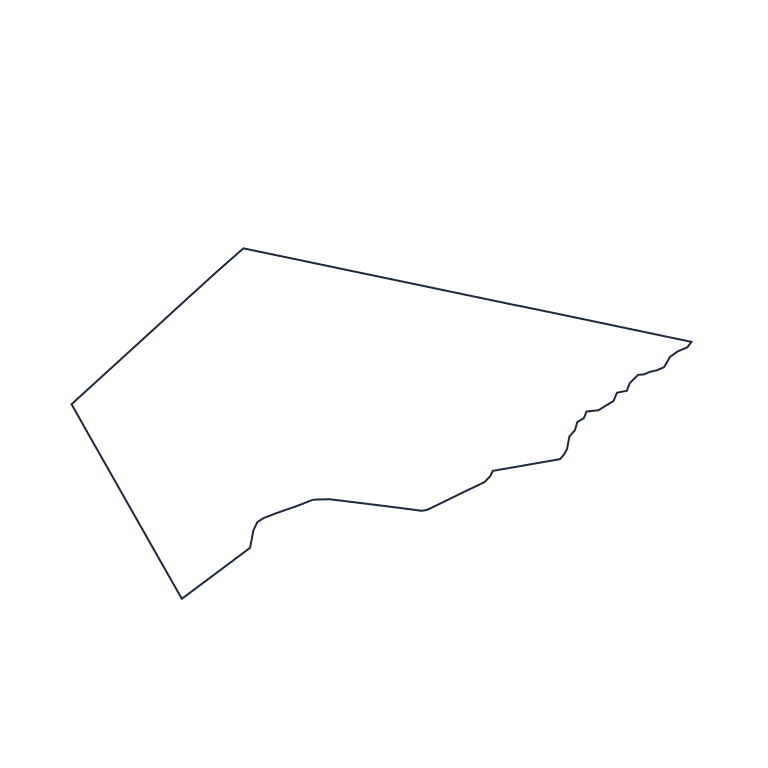 the district of Senador Alexandre Costa, Maranhão, Brazil, rotated 347°
{"feature_id": "56859067B37234724064641", "entity_name": "Senador Alexandre Costa", "entity_type": "district", "adm_level": 2, "iso_a3": "BRA", "parent_name": "Brazil", "parent_adm1": "Maranhão", "projection": "albers", "projection_center": [-43.922, -5.258], "detail": "fine", "context": "isolated", "style": "outline", "palette": "slate", "viewbox_px": 768, "rotation_deg": 347, "n_neighbors": 0, "source": "geoboundaries", "source_scale": "gbopen_adm2", "svg_char_len": 812}
<svg xmlns="http://www.w3.org/2000/svg" viewBox="0 0 768 768"><g transform="rotate(347 384 384)"><path d="M693.0,412.1L548.7,345.3L542.5,342.5L535.8,339.4L528.3,336.1L277.5,220.2L247.6,236.3L212.6,255.9L162.9,284.0L75.0,333.4L89.1,381.2L124.8,501.2L138.7,547.8L216.6,513.5L220.5,504.9L223.7,497.3L229.6,490.0L236.7,487.5L250.5,485.6L270.6,483.4L288.8,480.8L296.3,482.2L305.2,484.1L356.8,502.9L376.7,510.2L392.0,516.0L397.6,516.4L440.0,506.6L459.8,502.2L466.9,497.6L470.5,493.1L538.7,496.8L543.6,493.1L547.8,488.4L552.8,476.9L559.6,472.0L563.8,464.5L571.2,462.1L575.1,456.4L587.0,457.8L594.7,455.2L603.8,452.2L609.0,444.9L619.1,445.2L623.6,438.5L633.6,432.2L639.5,433.1L645.7,432.0L652.8,432.0L660.7,430.6L668.7,422.0L677.4,418.3L687.8,416.5L693.0,412.1Z" fill="none" stroke="#1e293b" stroke-width="2"/></g></svg>